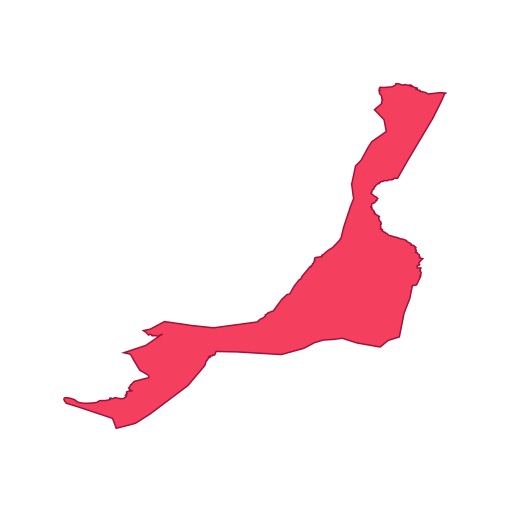 Sør-Fron nor, Oppland, Norway (Equal Earth projection), rotated 353°
{"feature_id": "86288312B86605767458860", "entity_name": "Sør-Fron nor", "entity_type": "district", "adm_level": 2, "iso_a3": "NOR", "parent_name": "Norway", "parent_adm1": "Oppland", "projection": "equal_earth", "projection_center": [9.78, 61.603], "detail": "fine", "context": "isolated", "style": "filled", "palette": "rose", "viewbox_px": 512, "rotation_deg": 353, "n_neighbors": 0, "source": "geoboundaries", "source_scale": "gbopen_adm2", "svg_char_len": 6024}
<svg xmlns="http://www.w3.org/2000/svg" viewBox="0 0 512 512"><g transform="rotate(353 256 256)"><path d="M368.4,361.4L376.8,355.9L388.4,353.8L396.1,330.5L403.5,316.9L407.6,304.4L411.8,304.3L416.9,296.3L416.3,296.3L416.3,295.8L417.3,294.6L417.4,294.3L417.3,294.0L417.8,293.2L417.9,292.5L417.4,291.3L417.4,291.0L416.9,291.0L416.9,290.5L417.1,290.1L417.3,289.3L418.0,288.6L418.2,287.9L414.5,287.4L414.9,285.1L416.6,285.2L416.6,284.7L417.3,284.3L416.9,283.9L416.7,283.2L416.7,282.9L417.1,282.3L419.4,280.3L421.2,279.0L420.7,278.7L419.3,278.3L418.0,277.7L418.1,277.3L418.6,276.9L418.2,276.1L418.3,275.9L418.1,274.5L416.8,273.5L416.6,273.1L416.4,272.9L416.3,272.3L414.9,272.0L414.9,271.2L415.9,270.4L415.9,269.9L414.9,268.6L415.7,267.4L415.8,267.1L415.0,266.6L415.0,266.2L414.5,265.9L414.0,264.9L411.3,264.0L411.6,263.4L411.0,262.9L411.1,262.4L410.0,261.8L407.8,260.1L407.2,259.0L406.8,258.7L403.7,257.1L401.6,256.7L398.9,255.1L396.1,254.0L395.5,254.0L394.7,253.4L390.2,251.6L389.3,250.7L388.7,249.7L387.3,248.9L387.1,248.3L386.0,248.0L385.8,247.8L385.6,247.2L384.3,246.6L384.3,246.1L384.7,245.4L384.1,244.8L384.0,244.5L382.8,244.4L383.2,243.8L383.2,243.2L383.5,242.1L383.3,241.7L383.4,241.0L383.2,240.6L383.5,240.1L384.3,239.5L383.9,238.8L384.1,238.5L384.2,237.7L383.0,236.1L383.0,235.9L382.7,235.5L382.6,234.4L382.3,234.0L382.3,233.7L382.5,233.4L382.4,233.0L382.5,232.3L383.3,232.1L383.4,231.8L382.4,231.3L380.5,229.6L379.1,228.8L379.4,228.1L378.6,227.9L378.7,227.4L378.6,226.9L378.9,226.5L378.6,225.9L378.3,225.6L377.4,224.0L376.5,223.3L377.0,222.6L376.9,222.1L375.9,221.6L375.8,221.4L376.9,220.7L376.7,220.2L377.4,218.2L377.6,218.1L379.5,217.8L380.1,217.5L381.7,216.3L381.9,215.6L382.8,215.4L383.2,214.3L383.9,213.8L383.6,213.4L382.8,212.7L382.7,212.4L382.4,212.0L380.6,210.9L379.2,209.2L378.5,208.8L378.3,208.1L377.7,207.5L378.5,207.0L378.6,206.4L379.0,206.2L379.0,205.7L379.3,204.9L380.0,204.4L380.8,204.1L381.1,203.8L381.1,203.4L381.5,203.0L381.5,202.3L382.0,202.0L382.7,201.7L382.9,201.3L383.3,201.1L383.4,200.7L383.9,200.2L385.7,199.2L386.9,199.1L386.8,198.8L386.9,198.6L388.4,198.1L388.5,197.7L389.3,197.4L389.7,197.3L390.3,197.5L390.7,197.3L391.4,197.3L391.6,197.0L392.3,197.1L393.1,196.9L395.3,197.3L396.3,197.0L396.9,196.6L399.6,196.9L400.2,196.7L401.1,196.8L401.8,196.4L402.1,195.9L402.3,195.8L404.0,195.8L405.9,196.2L418.8,178.9L448.1,141.1L458.5,125.5L462.8,118.3L464.1,117.5L462.1,116.9L458.3,116.3L447.0,116.2L446.1,115.9L444.3,114.4L443.5,114.1L440.5,113.0L439.8,113.0L439.4,112.8L439.6,112.7L439.1,112.0L438.7,111.8L438.7,111.5L438.5,111.4L437.4,111.1L436.5,110.7L436.3,110.3L435.2,109.9L435.6,109.5L436.5,109.3L436.6,109.1L436.4,108.9L434.2,108.2L432.4,107.0L430.8,106.7L430.1,106.3L431.5,106.0L431.5,105.8L431.1,105.5L429.6,105.0L427.9,105.0L426.6,104.8L425.7,104.2L425.1,104.1L424.0,104.0L423.3,104.4L421.4,103.8L418.6,102.5L416.5,102.0L415.9,102.0L415.1,103.5L411.4,104.7L403.2,104.3L399.8,103.6L399.1,104.3L398.8,104.6L399.1,104.9L399.0,105.4L398.7,106.1L398.2,106.4L398.7,106.9L399.1,107.0L398.3,108.1L398.3,108.5L398.5,109.0L398.4,109.5L399.0,110.8L399.8,111.9L400.0,112.6L400.0,113.2L400.3,113.7L399.9,115.2L400.0,115.6L400.7,116.3L400.3,116.7L400.3,117.1L399.9,117.5L399.3,118.8L399.6,119.8L391.4,125.2L399.7,136.4L400.5,148.3L384.8,156.7L380.5,161.9L372.0,173.8L365.8,178.7L360.0,195.6L359.9,196.0L359.7,196.0L359.8,208.0L360.0,210.7L355.3,219.4L353.7,223.0L352.4,225.6L346.4,238.4L342.8,248.1L340.6,250.8L333.0,257.0L328.7,259.0L327.5,259.7L327.0,260.2L325.3,261.0L324.7,261.7L323.4,262.5L321.9,263.1L321.8,263.5L321.4,263.5L321.2,264.7L316.0,264.7L314.9,264.8L314.1,265.2L313.4,267.5L313.6,267.7L313.3,267.7L312.5,269.7L311.6,270.4L311.2,270.5L310.9,271.1L310.9,271.6L310.6,271.9L309.6,272.4L309.4,273.3L309.2,273.5L308.4,273.3L308.4,273.6L307.6,273.9L305.2,276.2L305.3,276.4L305.1,276.6L304.5,276.8L298.5,282.5L298.6,282.9L298.6,283.4L297.6,284.2L295.9,284.9L290.2,290.6L285.0,297.6L283.9,298.0L282.2,298.0L276.4,302.1L266.3,312.8L264.4,312.9L263.9,313.3L263.2,313.3L262.5,313.7L261.4,313.7L261.1,314.0L260.7,314.0L260.0,314.8L259.6,314.9L259.2,315.3L258.1,315.5L257.8,317.1L257.2,317.3L255.6,318.4L253.4,318.9L252.1,319.5L251.8,319.9L251.1,320.1L250.3,320.9L249.7,321.1L249.3,321.4L248.7,321.6L205.0,322.1L183.5,317.1L157.2,309.9L142.2,315.7L135.1,316.3L136.2,317.3L137.7,318.3L137.8,318.7L139.1,320.5L139.2,320.9L139.8,321.3L140.2,321.3L141.1,320.9L141.9,321.0L142.7,321.6L143.4,321.8L143.5,322.1L143.2,322.4L143.9,322.7L144.9,322.8L145.3,322.5L145.7,322.5L146.4,322.7L146.8,323.1L148.8,323.3L149.4,323.7L150.5,323.2L151.4,322.6L152.6,322.3L153.1,322.4L152.9,322.6L152.4,322.6L135.8,331.3L113.0,335.9L118.2,337.7L119.6,338.6L122.2,345.1L126.8,355.3L134.4,361.0L135.1,362.7L134.6,363.7L119.8,365.6L119.8,365.9L119.7,366.1L118.7,366.5L117.4,367.5L117.0,368.3L116.0,368.6L115.7,368.9L114.4,370.8L113.4,371.6L113.6,372.0L114.3,372.9L114.3,373.2L115.0,373.8L115.7,374.1L115.8,374.4L116.2,374.6L115.3,374.9L114.8,374.7L114.0,374.7L113.4,374.5L111.0,375.1L110.9,375.7L111.1,376.8L110.4,377.2L110.8,377.6L110.8,377.9L109.9,378.2L109.4,378.5L110.2,379.5L109.4,380.2L107.1,381.2L105.9,381.4L102.8,380.7L100.5,380.0L99.7,379.5L98.6,379.5L97.0,380.0L95.9,380.1L95.3,379.9L94.9,379.4L94.0,379.2L93.6,379.3L93.5,379.5L93.5,379.9L93.3,380.2L93.6,380.5L91.7,381.0L88.5,381.1L84.7,380.6L83.3,380.6L81.4,381.2L81.3,381.4L80.4,381.8L79.6,381.9L76.6,382.0L70.2,381.6L65.9,380.9L62.8,379.9L61.0,379.1L59.1,377.1L57.8,376.2L54.1,374.5L51.5,373.7L49.3,373.4L48.7,373.5L48.3,373.8L48.0,374.2L47.9,374.8L48.2,376.3L49.7,379.0L61.1,384.1L93.8,399.7L96.3,410.0L115.9,407.4L131.6,399.9L172.6,376.3L191.9,358.4L193.9,354.0L194.6,353.7L196.3,351.7L198.1,350.8L197.1,350.2L198.4,349.6L199.4,349.6L199.9,349.8L200.9,349.6L201.0,349.3L200.9,349.1L201.0,348.9L202.3,349.1L202.8,349.3L203.2,348.9L204.7,345.9L206.9,346.2L207.1,346.1L207.5,346.3L225.1,348.8L269.1,356.9L292.1,353.5L303.6,349.1L312.9,347.6L321.9,348.2L331.7,348.2L345.6,354.6L365.9,360.8L368.4,361.4Z" fill="#f43f5e" stroke="#9f1239" stroke-width="1.5"/></g></svg>